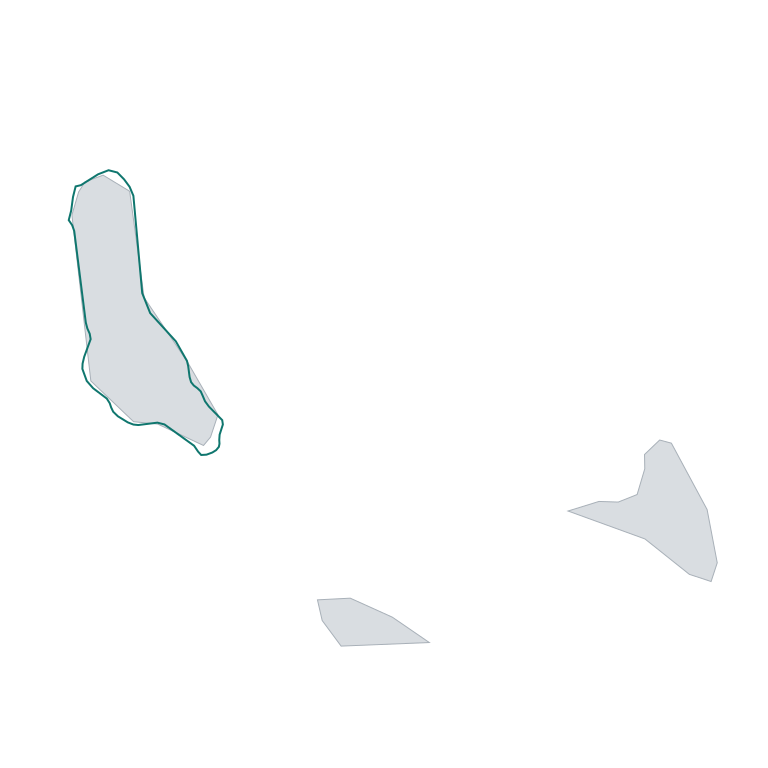 location of Andjazîdja within Comoros, rotated 349°
{"feature_id": "COM-4935", "entity_name": "Andjazîdja", "entity_type": "state/province", "adm_level": 1, "iso_a3": "COM", "parent_name": "Comoros", "parent_adm1": "", "projection": "natural_earth1", "projection_center": [43.361, -11.647], "detail": "fine", "context": "in_parent", "style": "outline", "palette": "teal", "viewbox_px": 768, "rotation_deg": 349, "n_neighbors": 0, "source": "natural_earth", "source_scale": "10m", "svg_char_len": 1340}
<svg xmlns="http://www.w3.org/2000/svg" viewBox="0 0 768 768"><g transform="rotate(349 384 384)"><path d="M203.6,403.0L195.1,409.9L154.3,380.2L131.0,373.2L96.8,325.1L109.9,158.6L120.9,137.2L129.1,128.5L148.1,125.4L171.1,146.3L165.0,253.4L195.5,325.5L215.1,382.6L203.6,403.0ZM654.8,496.9L677.2,568.9L677.0,623.1L667.4,640.3L647.4,629.1L610.6,585.9L540.4,543.8L572.6,540.3L591.4,544.6L611.4,540.8L623.8,517.0L626.3,502.9L643.9,491.6L654.8,496.9ZM347.7,614.5L379.1,646.4L291.9,633.1L278.2,604.4L277.5,583.2L310.0,587.8L347.7,614.5Z" fill="#d9dde1" stroke="#a8b0b8" stroke-width="1"/><path d="M203.9,361.5L205.0,366.8L207.8,372.7L218.3,388.6L218.1,393.0L213.0,402.3L211.6,407.5L211.1,411.3L209.9,414.2L206.6,416.9L202.4,418.5L196.3,419.5L191.0,418.8L188.6,414.9L185.8,408.4L160.8,381.8L154.2,378.7L135.0,377.4L130.3,376.0L125.2,372.8L116.6,364.9L112.9,359.6L111.7,355.0L111.1,350.5L109.1,345.4L97.7,332.7L92.8,324.3L90.8,311.6L92.0,306.5L94.9,300.1L104.6,284.0L104.7,278.5L103.4,272.9L103.0,266.8L109.1,174.7L108.2,168.6L105.8,163.0L110.1,153.9L114.4,141.1L119.0,131.2L124.3,131.0L143.3,123.6L154.4,121.6L162.6,125.5L167.9,133.5L171.9,141.9L173.9,151.4L164.0,248.7L168.0,269.8L187.8,302.4L195.0,323.7L195.2,329.1L194.5,340.1L195.0,345.4L197.0,349.2L200.0,352.5L202.7,356.3L203.9,361.5Z" fill="none" stroke="#0f766e" stroke-width="2"/></g></svg>